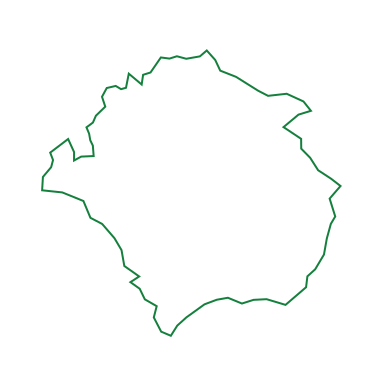 Elia Lefkosias, Cyprus, rotated 350°
{"feature_id": "46923920B42441045079611", "entity_name": "Elia Lefkosias", "entity_type": "district", "adm_level": 2, "iso_a3": "CYP", "parent_name": "Cyprus", "parent_adm1": "", "projection": "mercator", "projection_center": [32.918, 35.141], "detail": "fine", "context": "isolated", "style": "outline", "palette": "green", "viewbox_px": 384, "rotation_deg": 350, "n_neighbors": 0, "source": "geoboundaries", "source_scale": "gbopen_adm2", "svg_char_len": 1127}
<svg xmlns="http://www.w3.org/2000/svg" viewBox="0 0 384 384"><g transform="rotate(350 192 192)"><path d="M44.7,164.3L64.2,169.9L83.5,182.0L87.5,199.8L98.0,207.9L107.6,224.0L112.5,237.0L112.5,253.1L125.3,266.0L115.7,270.1L123.7,278.2L126.9,289.5L137.4,298.3L132.6,308.9L137.4,324.2L146.2,329.9L154.3,321.0L164.7,314.5L184.8,304.8L197.7,302.4L209.0,302.4L221.8,310.5L233.9,308.9L246.8,310.5L254.8,314.5L264.5,319.4L287.8,305.6L291.0,295.1L299.9,289.5L311.1,276.5L316.7,261.2L323.2,247.5L328.8,241.0L326.4,222.4L339.3,211.9L331.2,203.0L320.0,192.5L314.3,178.8L307.1,168.3L308.7,158.6L293.4,144.0L310.3,134.3L323.2,132.7L317.5,122.2L302.3,111.7L283.6,110.5L274.8,103.8L255.3,86.2L240.9,77.4L237.8,66.0L231.1,55.2L223.3,59.8L209.5,59.8L200.7,55.7L193.0,56.7L184.7,54.1L178.6,60.3L171.9,67.1L164.2,68.1L161.1,77.4L150.3,64.5L145.1,77.9L140.0,78.4L135.3,74.3L126.1,74.8L119.9,82.6L121.4,92.9L110.6,100.2L106.5,106.4L99.3,110.0L100.8,116.7L100.8,123.4L102.4,129.1L101.4,139.5L89.0,137.9L81.3,140.5L82.8,132.2L79.2,118.3L59.2,128.6L60.7,136.4L57.6,143.1L47.8,151.3L44.7,164.3Z" fill="none" stroke="#15803d" stroke-width="2"/></g></svg>